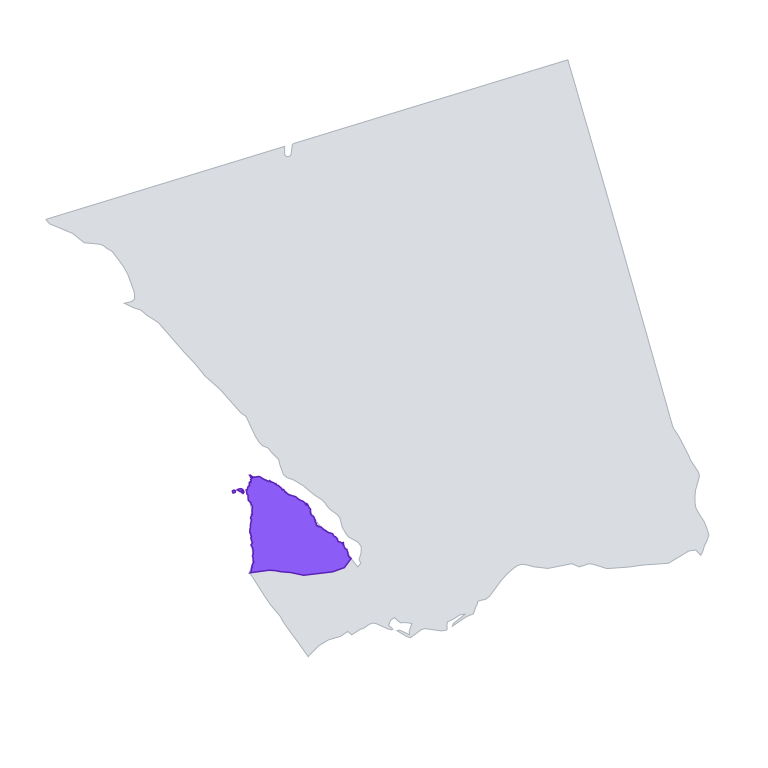 Egypt, with Janub Sina' highlighted, rotated 163°
{"feature_id": "EGY-1557", "entity_name": "Janub Sina'", "entity_type": "Governorate", "adm_level": 1, "iso_a3": "EGY", "parent_name": "Egypt", "parent_adm1": "", "projection": "robinson", "projection_center": [33.959, 28.827], "detail": "fine", "context": "in_parent", "style": "filled", "palette": "violet", "viewbox_px": 768, "rotation_deg": 163, "n_neighbors": 0, "source": "natural_earth", "source_scale": "10m", "svg_char_len": 7783}
<svg xmlns="http://www.w3.org/2000/svg" viewBox="0 0 768 768"><g transform="rotate(163 384 384)"><path d="M659.0,640.3L643.9,640.3L628.9,640.3L613.8,640.3L598.8,640.3L583.7,640.3L568.7,640.3L553.6,640.3L538.5,640.3L523.5,640.3L508.4,640.3L493.4,640.3L478.3,640.3L463.3,640.3L448.2,640.3L433.2,640.3L418.1,640.3L409.5,640.3L411.0,635.6L411.9,632.3L410.9,629.9L408.0,629.4L406.1,630.1L401.5,640.0L399.2,640.4L393.8,640.4L376.3,640.4L358.8,640.4L341.3,640.4L323.7,640.4L306.2,640.4L288.7,640.4L271.1,640.4L253.6,640.4L236.1,640.3L218.6,640.3L201.0,640.3L183.5,640.3L166.0,640.3L148.4,640.3L130.9,640.3L113.4,640.3L113.6,628.4L113.7,616.5L113.9,604.6L114.1,592.6L114.3,580.7L114.4,568.8L114.6,556.9L114.8,545.0L115.0,533.0L115.1,521.1L115.3,509.2L115.5,497.3L115.7,485.4L115.9,473.4L116.1,461.5L116.4,449.6L116.6,437.7L116.9,425.8L117.1,413.9L117.3,401.9L117.6,390.0L117.8,378.1L118.1,366.2L118.3,354.3L118.6,342.3L118.8,330.4L119.1,318.5L119.3,306.6L119.6,294.7L119.8,282.7L120.1,270.8L120.3,258.9L120.0,256.7L117.6,248.6L115.6,238.3L113.4,225.6L113.1,221.5L109.3,208.5L109.0,204.8L110.1,202.2L117.2,191.2L119.4,185.8L121.3,179.5L122.0,174.2L120.3,166.3L118.1,159.1L117.5,151.8L117.4,144.6L121.0,139.7L125.3,135.1L126.9,132.3L129.5,129.1L131.2,127.6L134.4,134.1L141.4,135.2L164.4,129.4L189.5,135.2L203.4,137.4L224.8,142.3L237.7,151.1L241.2,152.2L250.7,152.0L256.7,157.2L281.2,159.7L294.2,165.4L301.6,170.0L306.0,171.4L310.0,171.2L315.3,169.4L322.1,166.2L329.5,161.8L344.8,150.3L350.2,148.3L353.7,148.8L357.9,148.7L359.7,145.6L362.0,143.4L363.4,141.0L365.8,138.1L373.7,137.3L389.5,132.3L387.7,134.7L373.3,140.3L379.4,141.0L385.7,139.0L392.9,137.8L394.3,135.4L395.2,131.0L396.6,130.4L401.6,131.2L416.3,138.1L420.0,138.2L430.5,134.5L432.7,133.6L436.0,135.7L443.7,144.3L441.0,144.1L432.8,136.8L432.1,140.4L427.3,146.9L433.2,149.6L437.9,150.7L440.5,154.3L442.1,157.5L446.8,156.1L450.2,151.7L448.4,149.3L447.3,146.8L448.8,146.7L452.1,148.8L461.4,157.0L464.6,158.7L468.2,158.5L475.8,156.1L477.9,156.5L488.2,153.5L489.4,155.7L491.1,157.9L499.3,155.4L512.2,155.5L522.8,152.8L535.1,146.3L536.1,145.3L536.7,146.9L538.2,151.3L541.9,162.7L545.2,171.5L549.2,183.8L550.5,188.5L551.0,191.8L556.8,205.3L560.3,216.4L562.8,225.4L566.4,238.6L568.0,243.2L565.5,245.6L560.4,254.2L555.1,281.4L547.4,302.7L546.5,316.0L545.3,320.8L541.6,327.5L537.2,334.1L529.3,330.7L516.4,319.1L508.9,308.1L500.8,300.9L493.2,291.5L491.2,284.7L491.2,280.3L487.9,269.7L485.5,264.7L476.3,253.4L473.6,247.3L471.6,244.7L469.6,240.9L466.3,226.2L462.6,216.8L458.5,219.4L459.2,223.3L455.5,228.8L453.3,235.1L455.0,240.2L462.5,248.0L464.0,251.5L465.8,258.9L465.4,269.0L466.7,272.4L472.3,279.9L474.3,284.3L475.5,288.2L477.4,291.6L483.0,298.2L491.1,310.6L498.8,318.9L504.3,323.0L506.7,327.0L507.2,337.5L506.8,342.5L511.7,351.9L513.5,356.6L518.2,360.5L520.4,364.9L522.4,372.1L525.4,393.3L529.5,398.6L542.2,426.5L553.0,444.2L558.2,457.4L566.1,473.4L581.8,508.7L591.1,519.6L594.8,525.7L601.5,530.4L608.8,537.2L601.8,536.6L600.1,537.0L597.7,538.2L596.5,542.3L596.0,545.7L596.9,563.5L598.8,572.6L605.0,589.9L609.6,595.1L611.8,598.4L614.9,600.8L629.4,606.7L637.9,619.2L657.0,634.9L658.9,639.3L659.0,640.3Z" fill="#d9dde1" stroke="#a8b0b8" stroke-width="1"/><path d="M567.1,242.6L566.7,242.8L566.3,243.1L566.0,243.5L565.6,244.0L565.4,244.6L565.2,245.1L565.0,245.6L564.4,245.8L564.6,245.8L564.8,245.9L564.7,246.2L564.4,246.4L564.1,246.7L564.0,247.0L564.1,247.3L563.7,247.4L563.5,247.5L563.8,248.0L563.3,248.5L562.3,250.2L562.0,250.4L561.6,250.7L561.3,250.9L561.2,251.2L561.0,251.5L560.8,251.8L560.4,252.0L560.4,252.4L560.8,253.1L560.7,253.8L560.3,254.6L560.1,255.3L560.1,258.0L559.8,258.6L559.3,259.1L558.8,259.5L558.6,259.8L558.5,260.6L558.3,261.4L558.1,262.2L557.6,262.9L557.8,263.5L557.6,266.7L557.7,267.2L558.2,267.9L558.3,268.5L558.2,269.1L557.8,269.4L557.4,269.6L556.4,270.3L556.2,270.6L556.1,271.3L556.1,271.6L556.4,272.7L556.4,275.8L555.2,276.7L555.2,277.1L555.4,277.5L555.5,278.3L555.5,279.0L555.2,279.7L555.4,279.9L555.5,280.1L555.8,280.7L555.4,281.0L555.3,281.3L555.4,281.6L555.5,282.0L555.4,282.6L555.2,282.9L555.0,283.2L554.9,283.5L554.7,284.4L553.6,285.9L553.0,288.4L551.2,291.2L550.6,292.7L550.5,292.9L550.5,293.0L550.3,293.1L550.9,294.7L550.3,295.7L549.3,296.5L548.4,297.5L548.5,297.6L548.7,297.9L548.1,298.2L547.7,298.9L547.3,301.2L547.2,301.8L546.6,302.7L546.4,303.3L545.8,304.6L545.6,305.3L545.7,306.2L545.8,306.9L546.0,307.5L546.2,308.0L546.2,308.4L545.9,309.3L546.3,310.0L546.9,310.8L547.3,311.6L547.7,312.1L547.8,312.3L547.8,312.7L547.7,313.0L547.5,313.3L547.5,313.9L547.1,315.8L546.5,317.3L547.3,318.8L546.6,322.5L546.9,322.9L545.7,323.1L545.3,323.3L545.2,323.6L545.1,324.1L544.9,324.5L544.3,324.9L544.0,325.7L543.6,325.9L543.3,325.9L542.7,326.1L542.2,326.2L542.3,326.4L542.3,326.5L542.5,326.6L542.2,327.4L541.7,329.0L541.3,329.5L541.0,329.5L540.8,329.2L540.5,329.1L540.2,328.8L539.9,329.1L539.6,330.3L539.1,330.9L539.5,331.6L538.9,332.2L538.1,332.6L537.4,332.7L537.0,332.7L536.9,332.7L537.1,333.5L537.2,333.8L538.9,333.9L538.9,334.2L538.5,334.2L538.5,334.6L538.8,334.8L538.9,335.0L539.1,335.6L538.7,335.4L538.6,335.5L538.9,335.6L538.9,336.0L538.5,336.0L538.3,335.6L537.5,334.5L536.7,333.5L536.3,333.2L535.8,332.9L535.1,332.7L530.8,332.2L529.7,331.5L526.6,327.6L526.4,327.5L526.0,327.5L523.4,325.0L522.9,324.7L522.3,324.7L521.7,325.1L521.1,323.7L520.8,324.0L520.4,323.5L518.8,322.1L518.5,321.9L518.3,321.8L518.2,321.6L518.0,321.1L517.9,320.9L517.6,320.7L517.2,320.5L516.5,320.4L516.5,319.0L514.4,317.6L514.3,316.7L513.7,316.1L512.9,315.0L512.4,313.9L512.5,313.1L512.3,312.9L512.1,312.8L511.9,312.7L511.8,312.3L511.6,312.3L511.6,312.7L511.2,312.7L510.7,312.0L510.6,311.8L509.9,309.2L509.7,308.9L509.4,309.1L509.0,308.4L508.0,306.7L507.5,305.9L501.6,302.2L501.3,301.6L501.1,301.6L500.1,299.6L499.2,298.8L498.7,298.1L498.7,297.9L495.8,295.6L495.3,295.1L495.1,294.7L495.0,294.3L494.6,293.6L494.1,293.0L493.6,292.7L493.9,292.3L493.9,292.7L494.2,292.7L493.9,291.0L493.1,290.9L492.8,291.6L493.6,292.3L492.8,292.1L492.4,291.4L492.1,290.4L491.9,288.3L491.6,287.4L490.8,285.8L491.3,284.7L491.9,282.3L492.3,281.1L491.8,280.4L491.5,280.0L491.3,278.9L491.0,278.6L490.6,278.5L490.2,278.2L489.9,277.2L489.8,274.8L489.6,274.2L489.6,273.8L490.0,273.3L490.1,272.9L489.9,271.7L489.8,271.4L489.6,270.6L489.6,269.8L489.8,269.5L490.1,269.1L489.8,268.4L489.3,267.8L489.0,267.8L488.9,267.3L488.6,266.9L488.2,266.7L487.8,266.9L487.3,266.3L486.1,265.6L485.6,265.1L485.1,263.8L485.0,263.5L484.8,263.2L484.2,262.6L484.0,262.4L483.9,262.3L483.1,261.1L482.6,260.8L482.5,260.7L482.4,260.6L482.3,260.1L482.2,260.0L480.2,257.8L479.5,257.6L478.5,257.0L477.5,256.3L476.9,255.6L476.7,254.8L476.5,253.7L476.2,252.8L475.6,252.4L475.2,252.2L474.9,251.8L474.0,249.5L473.9,249.5L474.0,247.5L473.9,246.6L472.7,246.0L470.5,244.3L470.8,244.3L470.6,244.0L470.4,243.8L470.2,243.7L469.9,243.6L470.0,243.5L470.1,243.4L470.2,243.2L470.2,242.9L469.9,242.9L469.7,243.3L469.6,243.7L469.6,244.1L469.9,244.3L469.3,244.3L469.6,242.4L469.7,239.9L469.2,237.7L467.8,236.7L467.8,236.4L468.0,235.7L468.0,235.0L467.8,234.2L467.8,233.4L467.9,232.7L468.3,231.6L468.4,231.1L468.3,230.2L468.2,229.6L468.0,229.2L467.8,228.7L466.7,227.3L466.5,226.7L475.6,220.0L488.0,219.4L516.8,224.6L528.3,231.0L537.4,234.6L542.7,237.4L548.3,239.5L567.1,242.6ZM553.7,324.0L554.4,324.7L555.3,325.5L555.3,325.9L553.6,326.0L552.0,325.9L550.7,325.3L549.8,324.1L549.7,324.0L549.7,323.3L549.6,322.3L549.4,321.8L549.5,321.6L549.7,321.8L549.8,321.4L550.1,321.1L550.3,320.9L550.6,320.7L550.6,320.8L551.4,321.2L551.7,321.5L551.8,321.8L550.7,322.1L550.1,322.4L550.0,322.9L550.2,323.2L550.4,323.4L551.1,323.4L552.5,323.2L553.0,323.0L553.4,323.5L553.6,323.9L553.7,324.0ZM560.3,323.9L560.4,325.9L559.1,326.5L558.0,326.1L557.2,325.3L558.1,323.8L560.3,323.9Z" fill="#8b5cf6" stroke="#5b21b6" stroke-width="1.5"/></g></svg>